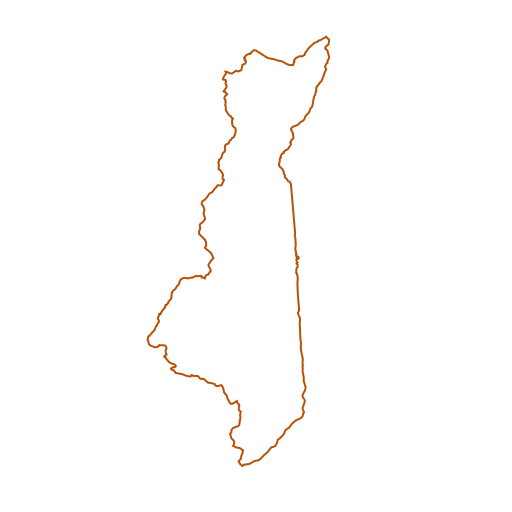 Guamal, Meta, Colombia (Robinson projection), rotated 255°
{"feature_id": "7082276B65366960743298", "entity_name": "Guamal", "entity_type": "district", "adm_level": 2, "iso_a3": "COL", "parent_name": "Colombia", "parent_adm1": "Meta", "projection": "robinson", "projection_center": [-73.928, 3.941], "detail": "fine", "context": "isolated", "style": "outline", "palette": "amber", "viewbox_px": 512, "rotation_deg": 255, "n_neighbors": 0, "source": "geoboundaries", "source_scale": "gbopen_adm2", "svg_char_len": 6099}
<svg xmlns="http://www.w3.org/2000/svg" viewBox="0 0 512 512"><g transform="rotate(255 256 256)"><path d="M102.1,198.2L97.1,196.1L96.6,195.4L96.2,194.1L96.1,191.9L95.7,189.1L94.2,187.3L91.9,186.4L90.9,184.9L86.1,185.1L83.2,186.8L82.3,186.9L80.6,186.4L78.5,184.7L75.8,187.9L75.0,190.3L71.7,193.2L68.6,191.6L66.6,190.0L64.9,189.4L63.8,188.6L62.3,186.1L59.7,186.6L56.7,188.4L57.5,190.4L56.9,195.3L57.1,197.0L58.2,200.6L58.4,202.4L58.0,205.4L58.3,206.8L61.5,212.1L63.4,216.2L67.2,221.1L67.2,224.1L67.5,225.3L68.4,226.4L70.2,227.9L73.0,229.6L73.6,231.6L76.3,236.2L76.9,236.9L79.6,238.9L80.4,239.9L81.8,243.8L84.7,247.4L86.2,250.2L87.0,252.5L87.6,256.6L88.3,258.5L89.6,259.8L91.4,260.7L92.2,261.7L93.0,261.9L95.8,261.4L97.2,261.7L102.3,265.2L103.4,265.6L105.1,265.6L107.2,264.7L109.0,264.7L110.3,265.5L113.1,268.2L115.9,269.9L123.1,269.8L124.5,270.0L126.0,270.7L132.2,271.1L135.8,272.2L137.4,272.3L137.9,272.9L139.6,273.0L144.7,274.6L153.6,275.1L158.0,276.1L160.0,276.9L163.7,277.3L179.3,280.7L183.1,282.1L185.8,282.3L187.2,281.9L190.2,281.7L191.8,283.2L193.8,283.9L206.1,286.1L215.4,288.1L220.4,289.4L222.3,290.2L226.0,290.9L227.6,290.9L228.0,290.7L228.5,291.0L229.6,290.5L233.3,291.8L234.6,293.2L236.7,294.0L238.1,293.2L238.9,294.4L240.7,293.8L242.7,294.3L242.8,294.9L242.3,296.2L243.1,296.7L244.2,296.6L244.5,296.2L244.4,295.7L244.5,295.1L245.2,294.9L246.6,294.8L246.8,295.5L247.1,295.6L249.6,295.4L250.4,295.8L252.4,295.7L254.3,296.3L255.1,296.9L261.6,298.4L265.7,298.8L268.0,299.7L316.2,308.3L318.8,307.9L320.3,306.2L322.5,305.6L324.3,304.4L326.6,304.7L328.5,304.1L329.7,304.6L332.8,304.2L335.9,302.2L337.8,301.6L340.2,302.7L341.2,303.5L343.2,303.9L343.9,304.4L344.5,305.5L345.5,305.4L346.9,306.4L348.2,307.8L348.4,309.6L349.4,309.7L350.2,311.5L351.3,315.1L352.2,315.6L353.4,317.4L354.7,318.6L355.4,318.8L356.6,318.4L357.2,318.7L357.6,319.5L359.1,320.5L359.7,322.3L360.1,322.6L362.8,323.2L363.5,323.1L364.6,323.5L369.0,322.6L370.0,322.9L370.6,323.7L371.3,325.3L371.8,330.2L374.0,334.0L374.4,336.3L375.7,338.2L378.3,340.0L380.8,344.1L382.5,345.6L384.3,346.6L385.7,348.7L386.6,349.4L394.8,353.2L396.1,354.7L397.9,355.5L399.7,356.9L401.2,357.0L402.0,357.7L403.3,358.0L404.0,359.1L404.7,359.6L405.5,361.1L406.6,362.0L408.0,364.6L408.5,364.7L411.5,367.2L416.3,370.4L417.7,371.9L418.6,372.1L420.7,371.6L421.2,371.9L423.2,373.4L424.1,375.1L426.0,375.6L427.7,377.3L429.0,378.1L435.8,378.2L437.1,377.6L438.1,376.8L438.9,376.6L440.1,377.5L441.5,380.7L445.2,382.4L446.2,382.5L448.8,380.8L449.6,380.6L447.9,374.3L447.8,372.1L447.0,370.7L446.9,368.4L446.4,366.9L443.0,360.3L441.7,359.0L439.5,356.2L438.9,355.7L438.4,355.7L437.6,354.8L436.9,352.1L437.7,349.7L436.9,345.8L435.1,343.3L433.7,343.5L433.1,342.5L431.8,342.0L430.8,341.1L432.0,337.4L433.6,335.2L436.8,332.0L437.7,330.8L438.6,328.6L441.2,324.6L444.2,318.6L454.3,309.3L455.3,307.6L455.3,306.8L453.9,304.6L453.8,303.4L452.8,303.2L452.6,302.8L453.0,301.4L452.5,298.6L451.4,297.1L451.0,296.1L450.2,295.7L449.1,296.5L448.1,295.8L446.9,296.7L445.6,296.3L445.0,295.7L444.4,294.4L444.3,292.9L444.0,292.3L439.4,290.0L438.8,286.8L440.1,284.7L438.6,280.5L438.6,279.6L439.5,277.8L441.5,275.4L441.9,274.3L440.8,274.7L440.4,274.5L437.6,271.5L435.7,269.9L434.9,270.0L433.9,272.1L432.4,272.3L430.8,271.2L428.2,271.6L427.2,271.4L426.1,270.7L423.5,267.3L423.2,267.4L422.5,268.7L421.2,269.0L420.1,270.0L419.7,270.0L418.3,267.3L417.1,266.5L415.8,266.3L414.3,266.9L413.0,266.4L411.2,266.2L409.7,265.2L408.3,265.5L404.5,264.6L399.1,266.3L397.7,267.8L396.3,268.0L395.1,269.2L394.4,269.2L393.6,268.1L391.8,267.8L390.9,267.3L387.7,267.1L385.0,269.0L382.9,269.1L379.6,267.7L376.4,265.2L376.2,263.6L374.7,262.0L374.5,260.8L371.8,258.5L371.7,256.8L370.9,254.9L369.3,254.1L366.6,253.7L365.1,252.9L363.9,250.4L359.6,247.8L358.5,245.1L357.4,245.0L356.2,243.9L354.7,243.7L353.6,243.9L352.7,243.2L350.6,242.8L349.7,242.3L348.3,243.4L345.2,244.8L343.4,245.1L342.5,245.1L342.0,244.6L340.6,244.0L338.6,243.8L337.9,244.7L336.5,243.9L334.3,241.7L333.2,241.1L334.2,237.0L333.3,236.3L331.8,233.7L329.0,230.2L328.4,227.3L324.8,223.0L323.7,221.3L322.9,218.7L321.5,217.4L320.1,216.9L317.5,218.0L315.6,218.2L313.2,217.9L311.7,216.7L310.3,216.3L306.9,216.5L304.8,216.3L303.4,214.8L301.1,210.1L299.8,209.4L297.9,209.5L296.1,208.7L295.0,207.6L292.2,206.7L284.8,210.9L284.0,211.1L282.5,211.3L279.0,210.7L277.4,208.9L276.9,208.9L271.0,213.1L269.4,213.6L265.3,214.3L264.8,214.2L263.5,211.8L259.9,207.8L258.7,207.7L254.4,208.6L252.6,208.1L252.6,207.3L252.3,206.8L250.6,205.4L250.5,203.7L249.9,202.3L247.6,200.7L248.9,199.6L249.3,197.9L250.6,198.2L251.4,197.1L251.4,195.0L252.2,192.9L252.2,191.4L251.5,189.5L251.9,188.2L251.9,184.6L253.1,182.0L253.5,180.6L253.1,177.8L251.3,175.7L250.2,175.2L248.4,173.9L247.6,172.2L244.9,169.4L244.2,167.5L242.8,165.6L242.2,165.1L237.4,163.4L236.0,162.1L234.7,159.8L233.3,158.9L232.1,157.3L232.2,156.0L231.2,155.8L230.3,155.0L229.8,154.2L229.1,154.1L228.8,153.2L227.5,151.4L226.7,150.9L226.4,150.1L225.3,148.9L224.6,148.8L224.9,147.4L224.0,147.3L221.7,145.2L220.4,145.0L218.9,145.5L217.6,145.2L215.5,142.8L214.6,142.4L213.7,141.0L210.6,138.6L209.1,136.2L208.6,135.7L208.5,135.1L206.5,132.5L206.2,131.2L205.1,130.5L202.8,129.5L201.7,130.0L200.2,129.7L197.9,130.0L196.9,130.8L193.8,134.9L193.7,136.8L194.0,138.7L194.9,139.3L193.8,143.3L192.8,145.3L190.3,145.8L188.3,144.3L185.9,143.8L183.9,144.1L183.0,141.5L182.4,141.2L181.9,141.5L181.3,142.6L179.7,142.7L178.6,143.5L177.1,143.9L176.0,144.6L174.1,146.5L172.6,149.0L171.6,149.8L170.4,150.1L169.9,149.5L169.7,148.0L170.0,146.5L169.1,144.7L168.0,145.3L166.9,146.8L164.9,147.9L163.7,148.2L161.2,153.8L158.5,157.4L156.8,160.7L156.6,161.8L157.5,162.7L157.7,163.3L156.7,163.8L156.4,164.6L155.0,168.9L152.0,170.3L151.4,171.5L151.3,172.6L150.3,174.1L146.0,176.9L145.2,179.2L143.0,182.9L141.8,183.1L140.9,183.7L140.0,186.0L140.4,188.1L140.1,189.2L137.4,190.1L132.4,189.9L128.7,191.6L125.4,191.6L120.5,192.9L119.8,193.5L119.3,194.5L120.0,197.5L120.9,200.0L118.4,200.1L116.7,201.3L115.9,201.2L114.1,200.2L112.0,199.6L111.3,199.7L109.6,201.0L106.7,199.5L103.3,199.0L102.1,198.2Z" fill="none" stroke="#b45309" stroke-width="2"/></g></svg>